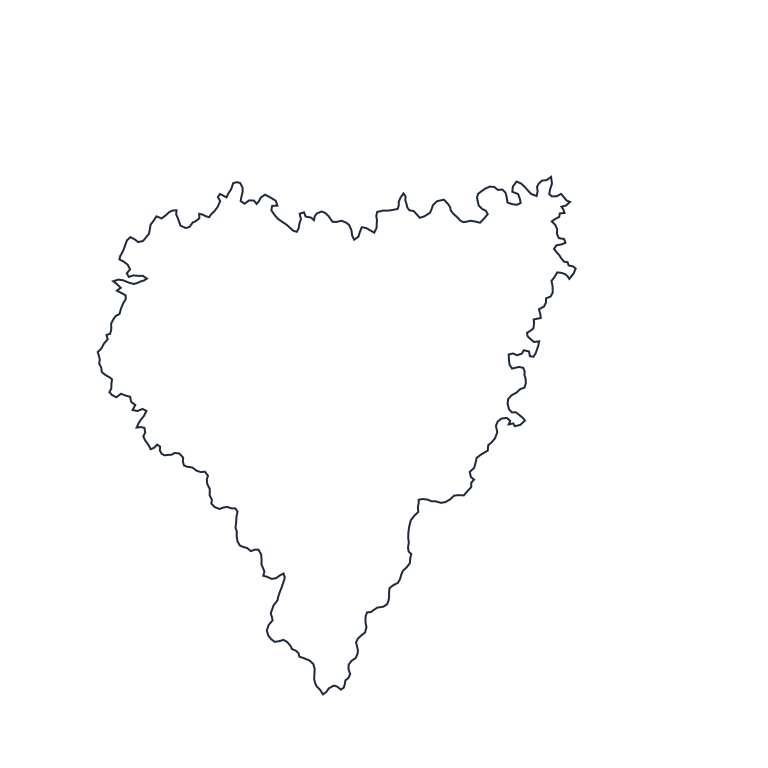 Luz, Minas Gerais, Brazil (orthographic projection), rotated 243°
{"feature_id": "56859067B37044810293791", "entity_name": "Luz", "entity_type": "district", "adm_level": 2, "iso_a3": "BRA", "parent_name": "Brazil", "parent_adm1": "Minas Gerais", "projection": "orthographic", "projection_center": [-45.672, -19.865], "detail": "fine", "context": "isolated", "style": "outline", "palette": "slate", "viewbox_px": 768, "rotation_deg": 243, "n_neighbors": 0, "source": "geoboundaries", "source_scale": "gbopen_adm2", "svg_char_len": 6166}
<svg xmlns="http://www.w3.org/2000/svg" viewBox="0 0 768 768"><g transform="rotate(243 384 384)"><path d="M473.0,628.1L472.9,622.9L475.0,618.7L478.2,617.4L482.2,620.5L486.2,624.6L492.7,626.9L491.8,621.6L493.5,617.0L492.2,612.6L490.1,609.8L486.0,608.4L482.2,605.3L486.5,601.4L490.1,600.3L494.6,599.2L500.2,597.3L504.2,594.0L501.4,588.4L497.0,585.6L492.4,589.7L487.1,589.1L483.3,588.0L483.3,583.9L485.9,580.0L489.7,576.4L495.0,578.2L499.3,579.1L503.5,577.8L505.2,573.6L509.5,571.7L511.9,567.8L512.1,562.5L511.5,558.3L510.7,554.1L507.9,551.5L504.4,550.5L500.0,549.4L495.2,551.0L492.2,553.4L488.2,553.5L486.1,548.5L484.1,542.8L487.5,538.8L490.2,535.2L491.0,531.6L492.3,528.0L495.0,526.2L498.1,525.4L504.5,523.0L508.3,522.3L511.4,523.2L515.6,522.7L521.0,521.1L522.8,514.3L521.2,508.9L518.3,505.9L515.6,502.6L515.1,495.9L515.8,491.4L524.5,489.0L527.3,485.5L530.6,484.9L533.9,485.7L538.2,486.4L541.1,488.3L545.0,487.9L542.4,483.1L539.7,479.9L536.4,478.2L533.8,475.7L535.0,471.2L536.5,466.7L539.0,461.7L540.4,456.0L537.2,453.4L533.1,452.1L530.3,450.4L526.5,448.3L523.3,444.0L527.4,441.3L531.2,438.8L533.8,435.4L530.5,431.6L526.8,428.0L526.1,422.9L530.6,423.0L536.2,424.9L541.7,425.1L545.1,423.4L548.7,420.3L550.0,415.1L552.0,411.7L558.8,410.8L563.1,409.3L566.0,406.7L566.5,401.5L564.8,398.4L561.8,396.0L565.3,394.6L568.8,390.2L573.3,390.7L574.0,386.2L568.5,384.8L565.3,381.4L561.6,378.8L559.2,375.4L561.8,372.7L570.0,369.6L574.9,366.8L579.3,364.5L583.9,363.3L589.9,362.5L593.5,365.2L591.3,370.0L596.4,370.7L600.8,368.1L606.7,364.0L606.1,359.0L603.8,355.7L602.2,352.3L606.5,351.4L608.8,347.2L608.0,341.5L612.1,339.3L615.7,342.1L619.2,345.1L623.0,347.1L628.3,347.1L630.7,344.5L631.4,340.8L626.9,336.2L624.4,331.7L621.8,328.4L627.8,324.1L625.9,320.8L621.4,321.1L617.4,316.3L615.0,311.5L613.8,307.3L612.0,303.9L614.6,301.2L617.4,299.2L619.5,296.6L615.5,294.7L614.6,290.6L614.7,286.9L612.2,281.9L613.1,278.0L617.5,274.6L625.5,275.6L629.4,275.8L633.0,278.0L634.6,274.3L634.6,270.4L633.4,266.3L632.5,261.0L636.7,257.4L634.0,252.7L631.9,248.3L628.7,246.0L624.5,242.7L620.8,234.2L622.1,229.4L626.1,227.5L630.0,224.7L628.7,220.2L622.4,213.5L619.8,210.3L617.9,207.2L615.1,204.8L611.3,207.6L606.6,209.8L601.4,209.8L599.4,205.0L595.2,205.3L594.6,209.9L592.0,213.9L589.9,218.2L585.5,220.6L585.2,217.2L585.9,213.5L586.0,209.9L586.7,206.5L590.1,202.7L594.8,198.7L597.6,194.7L598.5,189.4L594.8,191.2L589.2,193.1L588.4,188.4L583.5,191.9L580.3,194.0L577.0,192.5L574.2,188.1L570.5,183.8L566.5,180.2L566.3,175.6L564.5,172.2L561.8,168.4L556.7,165.9L553.0,162.8L553.7,159.0L549.3,158.1L547.0,152.6L544.0,148.4L542.4,143.4L538.4,142.7L534.9,141.9L531.5,139.5L527.2,139.5L522.6,138.0L517.9,140.2L514.6,142.5L511.6,143.8L508.4,141.5L503.7,138.9L501.4,135.6L497.6,136.7L493.7,139.5L494.7,145.2L491.1,148.4L487.9,152.0L482.7,150.6L478.2,152.9L475.0,148.2L471.9,151.9L471.4,157.5L467.9,160.1L464.5,155.6L462.6,151.2L460.5,147.6L457.5,143.8L456.1,147.6L453.8,150.6L449.3,149.3L446.5,145.7L442.3,145.6L436.7,146.5L431.8,146.5L431.6,150.2L433.0,154.3L429.8,156.1L426.6,154.1L422.7,154.2L420.1,156.1L418.9,159.3L417.4,162.7L417.6,166.2L415.0,170.1L409.6,171.6L406.0,169.5L402.2,168.8L399.4,171.3L396.8,175.2L391.6,177.8L388.6,180.9L387.2,184.6L382.1,185.5L379.3,182.7L375.0,181.1L369.5,181.1L363.9,178.1L359.0,178.1L355.9,175.9L351.3,177.2L347.3,180.7L346.8,185.0L345.7,188.5L342.4,191.6L340.7,195.0L336.8,195.6L333.3,192.7L326.3,188.5L323.4,186.4L319.8,186.0L314.9,183.5L310.2,182.0L305.7,182.2L302.7,184.5L300.0,187.6L295.5,189.5L295.1,193.5L293.4,196.9L288.0,197.2L282.9,195.1L279.1,193.0L271.2,192.3L267.9,189.4L265.3,192.3L261.3,195.5L260.0,199.5L260.7,204.0L260.7,208.5L256.5,207.7L252.9,204.2L249.0,200.2L245.5,196.2L242.4,193.1L239.7,191.0L236.6,184.7L234.1,182.2L231.1,179.0L227.7,178.4L224.0,177.5L221.7,171.9L217.5,167.6L212.4,166.7L208.0,167.6L203.9,169.5L202.4,173.9L201.7,178.2L198.3,180.5L193.0,181.8L189.7,181.6L186.4,184.4L182.7,185.7L179.5,184.8L176.0,188.2L171.3,192.2L166.6,193.9L161.9,193.0L152.8,187.8L148.9,186.9L145.3,186.7L140.7,188.2L135.2,188.7L135.8,192.8L137.8,196.5L138.1,202.3L135.7,204.9L131.3,206.8L131.7,210.3L134.5,212.9L137.5,215.1L138.1,218.6L140.9,222.2L146.0,222.9L149.9,225.0L152.1,229.4L152.7,234.4L155.5,237.8L158.5,239.9L166.5,241.8L169.1,245.4L170.3,249.8L171.2,254.3L175.3,258.0L179.8,259.2L185.1,261.9L188.2,265.2L186.7,268.8L187.3,272.1L187.8,276.5L185.9,282.3L186.3,286.6L188.6,289.4L191.7,291.7L195.5,293.6L199.6,296.2L200.5,300.7L200.5,306.1L203.0,309.8L205.8,312.4L208.9,315.8L210.3,320.8L212.6,325.7L216.8,328.3L220.1,331.1L223.6,329.9L227.5,331.2L231.4,334.1L236.1,335.8L241.1,338.6L246.1,342.2L250.4,346.0L252.8,351.0L254.4,356.4L258.9,358.3L262.1,360.8L265.1,362.3L264.1,366.0L261.1,370.5L258.1,372.9L256.0,376.8L252.3,380.7L250.9,385.1L251.2,390.6L252.7,395.8L251.2,399.8L248.5,404.6L250.6,409.5L252.5,414.9L256.5,417.0L257.9,420.8L261.7,419.2L266.8,420.5L268.3,426.2L272.2,429.8L276.2,433.1L277.2,439.3L277.5,446.2L282.2,449.1L283.1,453.2L285.2,458.2L289.5,463.0L295.9,464.7L298.9,468.2L299.9,472.9L298.0,478.1L293.8,479.7L291.4,476.8L290.2,481.3L287.0,481.4L285.7,486.8L287.4,492.9L291.0,492.3L299.0,488.6L300.6,485.1L304.5,483.9L310.2,485.1L314.2,487.7L316.0,492.4L316.2,498.3L317.6,503.1L317.0,507.4L320.2,510.7L324.7,512.7L328.4,513.2L331.2,515.0L335.2,515.4L338.0,511.9L339.6,505.1L344.1,504.6L348.4,506.1L353.7,508.5L352.6,512.8L349.3,515.6L348.4,520.4L350.6,523.9L347.1,528.0L342.6,526.6L340.4,529.5L342.4,532.9L348.0,538.8L351.6,541.6L353.3,536.8L357.3,535.0L361.4,533.6L364.7,534.7L364.9,538.2L365.7,542.3L370.1,545.4L373.5,546.6L372.6,550.3L371.6,553.6L374.8,554.9L380.3,556.0L380.4,561.8L383.2,565.4L386.7,567.2L386.3,572.1L388.8,575.8L394.8,578.7L399.8,580.0L401.8,584.3L404.8,589.0L402.4,592.6L400.0,595.0L397.0,596.4L393.5,596.8L396.3,602.9L399.8,607.2L402.9,605.9L405.8,602.3L409.2,602.9L411.2,600.0L415.5,599.0L419.7,598.6L422.9,597.6L427.2,596.8L429.3,600.6L427.8,605.5L427.4,609.8L431.4,610.3L434.6,606.0L439.3,606.3L443.4,608.6L448.2,608.8L452.7,607.3L453.3,611.5L453.3,615.9L456.2,618.1L454.4,622.5L457.9,623.0L461.4,622.6L460.4,627.2L461.8,632.4L464.6,630.0L473.0,628.1Z" fill="none" stroke="#1e293b" stroke-width="2"/></g></svg>